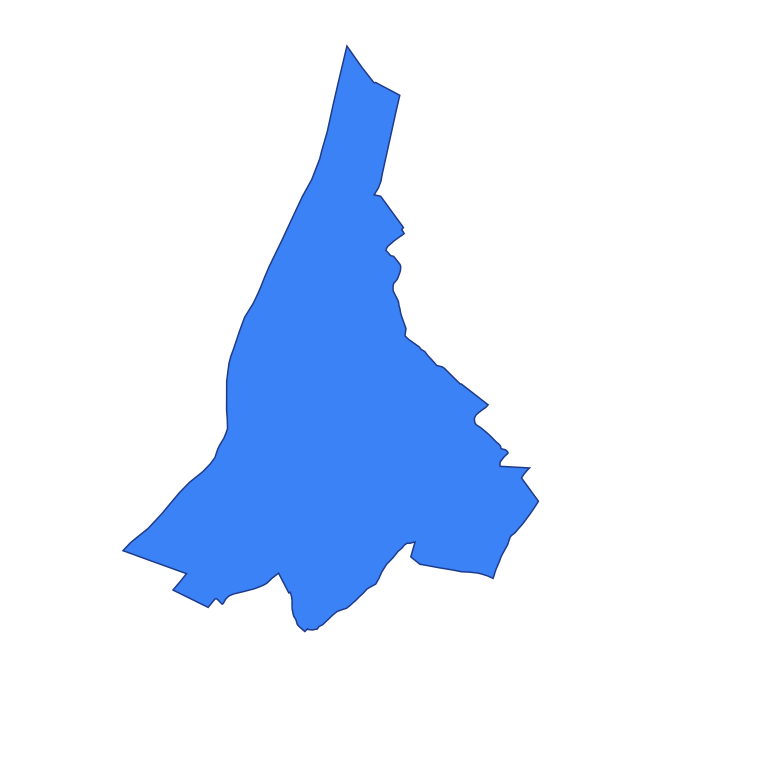 outline of Santa Apolonia Teacalco, Tlaxcala, Mexico, rotated 208°
{"feature_id": "50627088B24187550597040", "entity_name": "Santa Apolonia Teacalco", "entity_type": "district", "adm_level": 2, "iso_a3": "MEX", "parent_name": "Mexico", "parent_adm1": "Tlaxcala", "projection": "robinson", "projection_center": [-98.317, 19.242], "detail": "fine", "context": "isolated", "style": "filled", "palette": "blue", "viewbox_px": 768, "rotation_deg": 208, "n_neighbors": 0, "source": "geoboundaries", "source_scale": "gbopen_adm2", "svg_char_len": 3243}
<svg xmlns="http://www.w3.org/2000/svg" viewBox="0 0 768 768"><g transform="rotate(208 384 384)"><path d="M575.4,665.0L565.7,627.9L564.9,624.9L559.9,606.3L552.6,580.3L548.4,560.3L546.5,552.9L543.8,530.6L544.1,511.3L542.8,485.1L541.6,462.9L540.5,433.0L540.3,431.0L539.7,423.7L538.5,413.0L537.8,404.9L537.3,394.1L538.0,383.6L538.4,377.6L536.5,363.4L533.4,345.1L532.3,336.8L530.6,329.5L524.3,312.8L511.1,287.7L505.3,278.4L501.2,271.1L500.5,266.8L499.9,260.6L500.4,254.0L500.3,248.9L499.3,242.9L498.7,239.7L499.9,231.9L502.8,221.6L509.5,206.1L513.6,192.2L516.8,177.1L519.3,165.0L524.5,145.6L529.7,133.6L533.3,125.0L536.2,114.3L509.1,118.1L469.4,123.8L471.2,113.9L473.6,103.0L434.4,104.2L432.3,114.8L431.2,115.6L430.3,115.7L423.6,113.6L422.9,114.6L422.9,116.0L422.8,119.6L422.0,122.4L421.0,124.6L418.3,127.9L410.1,135.2L402.3,142.4L397.9,147.4L395.1,151.1L393.8,153.4L392.8,156.4L391.7,159.9L390.0,163.6L388.3,167.5L369.9,154.8L369.0,156.1L366.1,153.2L363.7,150.0L362.1,146.9L360.4,143.9L359.4,142.1L355.7,137.6L354.4,136.4L352.5,135.3L351.3,134.7L347.7,131.0L345.4,130.1L341.9,129.2L337.7,128.3L336.7,131.8L336.2,131.4L331.6,133.3L328.7,135.8L327.9,136.2L327.5,139.4L325.2,142.5L323.9,146.5L322.3,151.2L320.9,155.8L318.4,161.5L316.9,163.0L314.4,165.8L311.9,168.3L310.0,172.4L308.7,176.2L307.0,180.6L305.9,184.6L304.1,189.6L302.7,195.1L300.2,199.3L297.4,203.4L297.2,209.6L297.7,217.0L297.1,225.9L294.6,234.4L293.0,242.8L291.0,247.9L290.4,251.3L288.9,254.2L285.9,255.9L284.4,257.4L282.4,259.0L279.2,244.0L278.7,243.8L267.6,241.7L260.3,244.1L248.8,247.7L235.2,252.3L227.4,254.6L220.7,257.8L212.5,261.1L207.9,262.2L202.3,263.2L196.4,263.6L198.0,272.1L198.8,281.4L199.5,286.4L199.6,289.2L199.5,294.0L199.5,296.4L199.4,298.5L199.4,300.3L200.6,307.1L200.7,308.4L200.3,310.1L198.6,313.8L195.7,326.5L193.9,338.6L192.9,348.5L192.6,353.0L218.5,365.6L218.4,367.3L218.1,370.0L217.5,372.9L217.0,375.3L216.1,378.2L242.9,365.8L243.8,367.4L244.8,369.6L244.3,372.8L243.9,375.5L243.0,378.2L242.4,379.9L242.1,381.1L242.3,381.7L243.2,382.2L244.4,382.6L245.6,382.9L246.8,382.8L248.6,382.2L249.9,382.0L250.6,382.1L251.3,383.1L252.0,383.9L254.7,384.9L257.3,385.4L259.8,386.2L263.9,387.5L269.2,389.0L272.9,389.8L278.3,390.9L283.4,391.3L285.2,392.2L287.3,394.6L288.2,396.9L288.2,399.7L287.0,403.1L284.9,407.8L283.2,410.9L282.3,414.5L315.7,420.3L316.9,419.8L335.8,425.5L337.9,426.2L339.8,426.4L340.8,426.4L346.0,425.1L353.4,427.9L358.1,429.4L363.3,431.8L367.4,432.0L370.5,433.3L382.9,434.9L388.1,436.3L390.6,443.3L391.9,444.4L392.5,445.0L399.4,451.3L400.0,451.8L401.4,453.2L401.9,453.7L403.6,455.7L404.7,457.2L407.6,460.4L409.6,463.1L411.3,464.7L412.5,465.5L413.5,466.1L419.3,470.3L419.5,470.5L420.6,472.1L421.4,473.6L421.8,474.3L422.7,477.6L422.3,478.6L421.9,480.4L421.5,483.0L421.6,484.6L422.3,489.7L422.9,492.3L424.3,495.4L425.1,496.3L425.3,496.5L425.8,496.9L426.8,497.5L434.8,501.0L435.8,501.2L437.7,500.6L438.4,500.5L439.8,501.0L442.6,502.1L445.1,502.8L445.4,505.6L445.3,507.3L442.2,515.3L439.3,521.3L438.0,523.6L436.8,526.3L440.9,528.8L440.3,531.3L475.1,548.2L481.5,546.4L481.3,549.5L481.0,554.5L482.0,562.1L483.6,566.8L484.1,568.5L500.5,627.3L505.6,646.3L532.9,646.3L534.3,645.3L552.2,653.2L575.4,665.0Z" fill="#3b82f6" stroke="#1e3a8a" stroke-width="1.5"/></g></svg>